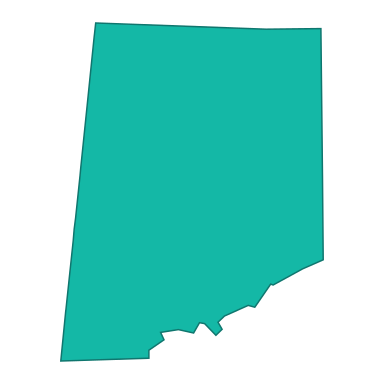 outline of Pickens, Alabama, United States of America
{"feature_id": "52423323B32953857630822", "entity_name": "Pickens", "entity_type": "district", "adm_level": 2, "iso_a3": "USA", "parent_name": "United States of America", "parent_adm1": "Alabama", "projection": "orthographic", "projection_center": [-88.115, 33.263], "detail": "fine", "context": "isolated", "style": "filled", "palette": "teal", "viewbox_px": 384, "rotation_deg": 0, "n_neighbors": 0, "source": "geoboundaries", "source_scale": "gbopen_adm2", "svg_char_len": 522}
<svg xmlns="http://www.w3.org/2000/svg" viewBox="0 0 384 384"><path d="M266.0,29.2L95.7,23.0L94.5,34.0L94.2,36.5L87.0,107.1L80.8,167.3L80.0,176.0L75.6,218.0L74.2,228.9L73.2,240.9L65.9,310.0L65.8,310.4L60.8,361.0L148.9,358.2L148.9,350.2L164.0,339.8L160.6,332.4L178.4,329.6L193.6,333.0L199.5,322.7L204.6,323.6L215.9,335.3L222.1,329.3L218.0,322.2L224.5,316.0L248.2,305.4L254.8,307.2L270.7,284.1L273.1,285.0L302.7,268.8L323.2,259.8L322.5,178.4L320.9,28.6L266.0,29.2Z" fill="#14b8a6" stroke="#0f766e" stroke-width="1.5"/></svg>